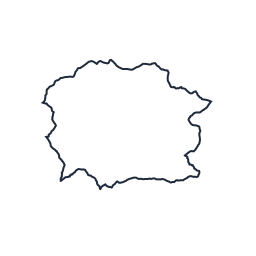 outline of Carcasí, Santander, Colombia, rotated 239°
{"feature_id": "7082276B77034388589017", "entity_name": "Carcasí", "entity_type": "district", "adm_level": 2, "iso_a3": "COL", "parent_name": "Colombia", "parent_adm1": "Santander", "projection": "albers", "projection_center": [-72.585, 6.658], "detail": "fine", "context": "isolated", "style": "outline", "palette": "slate", "viewbox_px": 256, "rotation_deg": 239, "n_neighbors": 0, "source": "geoboundaries", "source_scale": "gbopen_adm2", "svg_char_len": 5762}
<svg xmlns="http://www.w3.org/2000/svg" viewBox="0 0 256 256"><g transform="rotate(239 128 128)"><path d="M193.6,68.0L192.0,69.3L191.4,70.0L191.2,70.6L190.7,70.9L189.9,70.8L189.0,71.0L184.7,72.8L184.3,72.7L183.3,72.2L181.9,71.8L181.4,71.8L179.8,72.5L179.6,72.4L178.6,70.9L177.2,70.0L176.8,69.4L176.1,68.6L175.1,68.2L174.3,67.4L170.7,67.4L169.5,67.6L168.2,67.6L167.4,67.5L167.2,67.4L165.8,64.9L165.4,63.9L164.8,62.9L164.8,62.0L164.7,61.0L163.5,59.3L163.3,58.7L163.1,56.6L162.7,56.3L162.0,56.0L161.6,55.5L161.7,54.9L162.4,53.6L162.5,53.3L161.7,53.4L159.8,53.7L155.3,53.6L154.5,53.4L152.4,52.6L151.6,52.6L150.8,52.8L149.6,53.0L146.7,54.3L145.5,54.4L145.1,54.8L144.7,54.9L143.4,54.8L141.8,55.0L140.4,54.9L139.8,54.7L138.7,54.1L138.1,53.8L137.2,53.9L136.3,54.3L135.6,54.3L134.9,54.6L134.1,54.4L133.1,54.8L132.3,54.8L131.2,54.9L130.3,54.7L129.1,54.7L128.6,54.3L127.8,53.1L126.9,52.0L125.2,50.6L125.1,50.3L124.2,49.2L123.8,48.2L123.5,48.0L122.7,48.0L122.4,47.7L121.8,47.1L121.4,46.7L120.5,46.4L120.2,45.8L119.6,44.5L119.3,44.3L118.7,44.1L118.4,43.7L117.8,43.5L117.4,43.2L117.2,43.7L117.2,44.1L117.6,45.3L117.6,46.6L117.9,48.1L118.0,48.8L117.8,49.5L117.4,50.3L117.3,50.8L116.8,51.4L116.8,51.8L116.7,52.4L117.0,53.1L116.7,53.1L116.5,53.3L117.0,54.0L117.1,54.4L117.1,55.2L117.4,55.2L117.5,55.3L117.5,55.5L116.9,56.4L117.1,56.7L117.4,58.2L117.4,58.7L117.6,59.1L117.4,59.5L117.5,59.8L118.4,61.8L118.4,63.8L118.3,64.4L117.6,65.4L115.9,67.3L115.8,68.0L115.6,68.3L114.5,69.3L114.4,69.6L113.8,69.7L112.6,69.6L111.7,69.8L111.0,69.8L110.4,69.9L109.9,69.9L108.8,69.6L108.3,69.7L107.6,70.1L107.2,70.7L106.7,71.1L106.4,71.6L105.2,71.8L104.4,72.4L103.8,72.7L103.0,73.4L101.0,73.9L99.3,73.5L98.4,73.7L98.0,73.7L96.8,73.1L95.1,72.7L94.0,73.2L93.2,73.4L92.3,73.3L90.2,72.7L89.9,72.9L90.0,73.2L91.1,74.6L91.3,75.2L91.3,76.1L91.5,76.8L91.3,78.1L91.4,79.3L91.4,79.5L91.2,79.6L89.9,79.7L89.3,80.0L88.1,80.8L87.6,80.9L86.6,82.4L85.4,83.3L85.4,83.7L86.2,84.9L86.6,85.8L86.7,86.5L86.8,87.9L87.8,90.6L87.8,91.0L87.7,91.3L87.1,91.6L85.7,92.1L85.0,93.2L84.1,96.2L84.0,98.0L83.8,98.7L83.8,99.6L84.0,100.4L83.7,103.0L83.0,105.1L83.0,105.6L82.5,107.3L81.8,108.6L81.2,109.4L80.5,109.9L79.4,110.4L78.9,110.9L78.4,111.6L78.0,112.8L76.3,114.6L75.9,115.3L75.7,116.1L74.1,118.7L73.5,120.6L72.8,121.1L72.3,121.9L71.9,123.4L71.5,124.2L70.9,125.0L70.3,125.4L69.7,125.6L69.4,125.9L67.8,128.5L67.2,129.3L66.7,131.0L66.4,131.4L64.7,133.0L63.9,133.5L62.7,134.0L61.2,135.4L59.6,136.3L59.1,136.8L59.0,137.1L58.9,138.1L58.7,138.5L57.9,139.6L58.0,140.6L58.3,141.8L58.3,142.2L58.2,142.7L57.7,143.5L57.4,143.6L57.0,144.1L56.8,144.6L56.3,145.8L54.8,148.4L55.0,149.8L54.7,153.2L55.1,154.3L54.7,156.6L54.0,157.5L52.5,158.8L52.2,159.6L50.8,161.5L50.5,162.0L50.4,162.5L50.6,163.3L51.8,164.6L52.3,165.6L52.7,166.0L53.5,166.5L54.3,166.8L54.7,166.7L55.7,165.6L56.4,165.0L57.6,164.8L59.1,164.0L59.6,164.0L59.8,164.2L60.1,164.3L61.7,164.3L62.4,164.1L62.9,164.3L63.0,164.2L63.1,163.6L63.3,163.4L63.9,163.2L64.7,162.7L64.9,162.0L65.1,161.9L66.6,162.3L67.4,162.1L67.8,162.2L68.8,162.6L69.5,163.2L70.4,163.5L71.6,163.2L71.9,163.4L72.5,164.0L72.9,164.0L73.8,163.5L74.7,162.8L75.1,162.6L75.3,163.3L75.8,167.2L75.9,168.2L75.8,169.9L75.5,170.6L74.2,172.2L74.3,173.0L74.5,173.9L74.8,174.7L76.7,178.6L77.2,179.3L77.7,180.7L78.0,181.2L79.5,182.4L80.1,183.1L82.1,184.3L85.4,185.6L86.8,186.5L88.1,188.3L88.8,188.7L90.0,188.8L92.1,189.7L92.7,189.7L93.3,189.3L95.3,187.5L95.9,186.8L96.3,186.1L97.2,185.0L98.0,184.6L98.9,184.2L99.8,184.1L102.8,184.0L103.9,184.2L104.3,184.6L105.1,185.7L105.2,186.7L105.9,187.5L106.0,188.2L105.8,188.9L105.9,189.5L106.4,191.0L106.7,192.4L106.1,194.7L104.3,197.6L104.7,201.6L104.6,202.6L104.8,203.6L104.8,204.8L105.2,206.7L106.5,209.2L106.6,209.7L107.1,210.7L107.8,212.5L107.9,212.8L108.8,212.1L110.7,210.7L111.7,209.7L113.3,207.7L114.7,206.2L116.0,206.3L117.3,205.3L117.9,205.1L118.6,205.2L119.3,204.9L120.0,204.8L120.7,204.7L121.6,205.0L122.6,205.1L124.5,204.9L124.9,203.8L125.0,202.9L124.9,201.8L124.7,201.2L125.1,200.1L125.7,199.2L126.4,198.8L129.9,197.6L131.1,197.5L132.1,197.0L133.2,196.2L134.4,194.6L134.8,194.4L135.6,194.7L136.0,193.4L135.9,192.0L136.1,191.6L136.4,191.3L136.7,190.9L136.9,189.9L137.3,189.4L137.7,189.1L138.4,189.1L139.4,188.6L139.7,188.2L139.7,187.7L139.9,187.2L140.7,186.4L141.1,186.0L141.7,185.9L142.9,186.3L144.0,186.2L144.9,186.4L147.2,186.4L148.2,186.6L150.2,187.6L152.1,189.0L153.8,190.7L154.5,191.3L155.1,191.4L156.5,191.4L156.9,191.5L157.3,190.9L158.9,189.0L160.3,188.2L160.5,187.4L160.7,187.0L162.1,186.5L165.3,185.8L165.7,185.4L166.3,185.1L167.8,184.8L168.6,184.9L169.7,184.6L170.6,182.2L170.9,181.6L170.7,181.1L170.8,180.4L171.0,179.6L174.0,176.0L175.3,173.8L175.1,171.1L175.1,169.0L175.7,166.6L175.7,162.6L176.0,161.3L176.7,160.3L179.4,157.2L180.2,155.6L181.2,154.0L182.4,153.0L183.9,152.1L184.3,151.7L187.1,150.4L190.2,150.0L192.9,149.3L195.2,148.5L195.4,147.8L195.3,147.2L194.0,145.2L193.8,144.5L194.0,143.6L194.4,143.1L195.2,142.5L195.8,141.6L197.4,140.2L199.5,139.0L199.8,138.5L199.9,137.3L199.6,135.6L199.0,134.6L199.0,134.3L202.2,132.8L203.5,131.9L204.3,130.9L204.4,130.4L204.9,128.7L204.9,127.5L204.6,126.2L204.5,124.6L204.2,122.1L204.1,119.2L204.0,118.1L204.1,117.6L204.7,116.8L204.9,116.1L204.9,115.8L204.7,115.3L204.3,114.8L203.9,114.0L203.2,112.0L201.4,109.9L200.2,108.1L200.2,107.6L200.4,106.8L201.0,106.0L202.0,104.6L202.7,103.1L203.0,102.1L203.7,101.1L204.2,99.8L204.8,97.6L205.5,96.1L205.4,95.2L205.1,94.3L205.0,93.1L205.2,92.0L205.5,91.4L205.6,89.9L205.2,89.1L204.8,88.7L204.4,88.1L203.8,87.4L203.4,86.8L203.3,86.4L203.3,85.7L203.4,84.9L203.5,83.2L203.8,82.3L203.6,81.6L202.9,79.6L202.8,78.3L202.5,78.0L201.1,77.0L199.5,76.0L198.9,75.4L198.3,73.8L196.9,73.0L194.9,71.4L193.9,69.7L193.7,69.0L193.6,68.0Z" fill="none" stroke="#1e293b" stroke-width="2"/></g></svg>